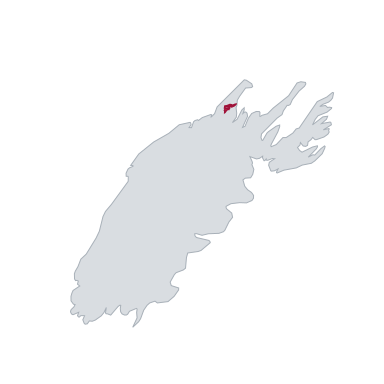 Kópavogsbær, Höfuðborgarsvæði, Iceland (highlighted), rotated 137°
{"feature_id": "244011B4103585132621", "entity_name": "Kópavogsbær", "entity_type": "district", "adm_level": 2, "iso_a3": "ISL", "parent_name": "Iceland", "parent_adm1": "Höfuðborgarsvæði", "projection": "robinson", "projection_center": [-21.781, 64.044], "detail": "fine", "context": "in_parent", "style": "filled", "palette": "rose", "viewbox_px": 384, "rotation_deg": 137, "n_neighbors": 0, "source": "geoboundaries", "source_scale": "gbopen_adm2", "svg_char_len": 5089}
<svg xmlns="http://www.w3.org/2000/svg" viewBox="0 0 384 384"><g transform="rotate(137 192 192)"><path d="M298.6,139.7L302.1,139.8L307.9,138.5L316.0,134.4L319.5,133.5L327.6,133.5L318.0,137.4L314.6,141.7L312.0,143.8L312.1,144.8L319.1,147.4L322.4,146.5L323.9,146.8L325.3,148.1L326.3,150.5L325.9,153.0L324.0,155.6L321.4,157.7L321.9,158.4L324.1,158.7L335.4,157.4L336.9,160.5L337.9,161.6L337.7,162.6L333.4,166.0L338.6,163.9L342.8,163.3L350.1,164.3L353.1,165.5L355.0,167.7L358.5,167.0L360.3,168.2L360.4,169.5L359.0,173.0L354.9,174.8L357.6,177.4L359.8,177.4L360.2,178.0L360.1,179.6L356.9,181.3L362.5,183.3L363.2,184.1L363.0,186.3L362.2,187.6L360.6,188.4L356.6,188.5L354.3,189.4L355.2,190.8L354.7,194.9L351.7,198.2L348.9,199.9L346.1,201.1L338.2,199.8L338.6,202.7L335.9,204.4L336.5,205.9L337.6,206.6L337.2,208.5L333.8,212.4L331.3,213.7L326.3,215.2L319.1,218.7L311.7,218.7L293.6,223.7L286.5,226.5L273.9,234.7L268.5,236.8L259.3,237.9L231.4,243.3L228.3,246.5L228.2,247.2L229.4,248.4L227.4,250.7L223.2,252.4L221.2,252.3L217.7,251.0L217.2,251.6L218.7,253.3L205.0,256.1L185.9,254.7L168.9,250.7L155.5,249.9L146.0,244.3L145.8,243.5L146.8,241.8L150.2,241.1L148.5,239.4L142.9,242.3L141.0,242.2L138.6,241.0L138.5,239.9L133.7,239.4L125.5,235.9L124.9,235.1L126.9,233.9L126.5,233.7L122.0,233.9L115.6,237.1L77.3,238.4L76.0,236.7L74.5,230.4L75.8,227.7L77.4,227.9L81.9,231.5L92.1,229.5L96.3,228.2L100.1,224.7L102.3,223.6L105.5,219.2L108.6,216.5L115.1,215.2L109.3,214.4L99.6,218.0L96.4,218.0L97.9,216.4L101.2,214.7L99.0,214.6L98.1,213.8L98.0,212.1L99.7,209.5L111.0,204.8L108.4,203.9L100.5,207.5L94.8,208.7L90.1,207.1L87.9,204.9L88.0,203.9L90.8,201.1L90.3,200.6L88.4,200.3L83.4,197.7L75.4,198.0L55.7,196.5L40.8,200.1L37.2,198.4L34.3,194.8L35.0,193.4L37.6,192.6L44.9,192.8L55.6,191.1L60.5,189.0L62.4,189.5L63.3,190.5L69.9,189.0L73.4,187.2L79.3,188.0L101.5,187.1L104.4,184.8L105.6,182.1L105.1,181.5L96.9,184.0L95.0,184.0L85.6,182.7L82.2,181.2L83.3,180.0L88.3,177.4L101.1,173.0L102.9,172.1L103.1,171.1L98.0,169.2L88.4,169.8L86.0,167.6L78.1,166.3L72.8,167.1L70.0,165.7L38.7,172.7L28.6,169.5L21.4,169.0L20.8,168.0L25.1,164.9L28.0,164.4L30.8,164.6L36.3,166.8L40.2,167.4L35.4,164.3L35.2,161.3L33.8,160.5L32.3,158.5L33.0,157.9L38.7,158.3L47.8,161.8L52.3,161.1L58.1,158.9L45.1,157.7L41.1,154.9L44.0,153.5L50.7,153.7L43.3,149.0L43.0,148.2L44.2,146.1L53.6,147.9L48.7,145.1L48.6,144.5L50.0,144.0L50.8,142.3L53.2,141.6L57.9,142.2L65.2,145.4L66.3,146.3L66.5,149.6L69.4,149.1L72.9,149.5L75.7,147.3L77.7,147.8L79.3,149.8L79.0,154.2L81.0,152.7L84.5,152.6L85.0,149.0L84.4,146.1L73.2,142.7L68.8,140.3L69.3,139.5L71.5,138.8L83.2,138.2L78.2,136.8L77.0,135.3L68.1,135.8L63.6,135.3L63.6,134.5L65.3,133.4L70.7,131.2L80.9,131.0L85.1,131.6L93.0,136.5L99.3,138.5L109.9,145.3L116.7,147.8L117.0,148.5L115.9,149.3L113.3,150.2L117.3,151.3L119.7,153.1L119.9,153.8L117.7,159.3L115.2,161.0L108.9,160.0L110.4,161.7L114.9,163.5L115.9,164.6L115.2,165.6L117.4,165.3L118.0,165.8L117.1,168.9L115.9,170.0L119.7,170.6L122.3,172.2L125.5,178.4L127.1,173.6L128.0,171.9L129.5,171.2L131.3,166.4L135.5,163.5L139.4,162.4L143.6,165.8L146.5,166.1L149.5,160.2L149.8,155.8L148.8,151.0L149.3,147.5L151.3,145.5L153.9,144.9L159.6,146.9L164.4,151.7L171.5,156.9L176.5,158.2L177.3,158.0L178.2,156.3L177.3,149.5L179.6,145.8L185.4,144.9L194.1,141.6L196.1,141.5L200.5,143.4L208.5,150.3L214.2,153.5L217.2,158.6L218.5,159.6L219.7,158.0L219.8,155.7L212.7,145.1L212.6,143.7L213.2,142.5L225.3,143.1L228.1,144.3L236.7,150.3L240.7,147.9L248.7,140.7L251.5,140.9L258.6,143.8L261.3,143.6L269.4,141.0L271.0,137.7L267.2,130.9L268.6,129.5L276.1,127.9L284.3,128.2L293.0,134.5L293.5,137.4L298.6,139.7Z" fill="#d9dde1" stroke="#a8b0b8" stroke-width="1"/><path d="M111.2,230.4L111.7,229.9L112.1,229.7L112.3,229.7L112.2,229.5L113.8,227.9L113.7,227.9L113.4,227.9L113.4,227.7L113.2,227.7L113.0,227.8L112.9,227.8L112.7,227.9L112.4,227.9L112.3,228.0L112.2,228.0L111.4,228.1L111.2,228.1L110.9,228.1L110.7,228.1L110.4,228.1L110.2,228.1L109.9,228.1L109.7,228.1L109.4,228.1L109.5,228.0L109.4,227.9L109.4,228.0L109.3,227.9L109.2,227.9L109.1,227.7L108.9,227.6L108.7,227.6L108.4,227.6L108.2,227.5L108.2,227.4L107.9,227.4L107.7,227.4L107.6,227.5L107.8,227.5L108.0,227.6L108.3,227.7L108.4,227.8L108.5,227.8L108.3,227.9L107.9,228.2L107.7,228.3L108.8,229.0L111.2,230.4ZM104.1,229.5L104.5,230.1L107.6,231.3L109.3,232.5L110.5,231.6L108.8,231.1L105.9,228.8L105.6,228.9L104.6,229.1L104.4,229.3L104.1,229.5ZM101.2,226.2L101.1,226.3L100.9,226.3L100.7,226.3L100.3,226.3L100.2,226.3L100.1,226.2L99.9,226.2L99.8,226.3L100.0,226.4L100.0,226.5L99.9,226.5L100.0,226.5L100.3,226.6L100.5,226.7L100.9,226.7L101.0,226.7L101.0,226.8L101.1,227.0L101.3,227.1L101.5,227.1L101.8,227.2L102.0,227.2L102.1,227.3L102.4,227.4L102.5,227.6L103.4,227.7L103.5,228.5L104.4,228.3L104.6,228.2L104.9,228.0L104.8,227.8L104.8,227.7L104.6,227.2L104.9,227.2L105.0,227.2L104.9,227.0L104.7,227.1L104.4,227.1L104.1,227.1L103.3,227.4L103.1,227.3L102.5,227.0L102.5,226.7L102.8,226.7L103.0,226.6L103.0,226.4L102.9,226.4L103.0,226.4L102.9,226.3L102.6,226.3L101.5,226.2L101.3,226.3L101.2,226.2Z" fill="#f43f5e" stroke="#9f1239" stroke-width="1.5"/></g></svg>